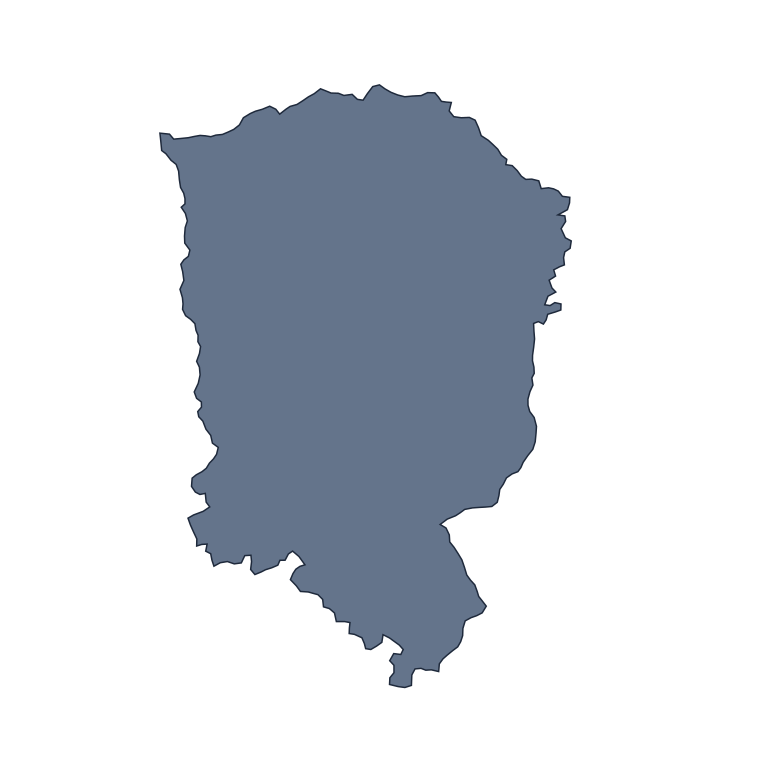 the district of Iguatama, Minas Gerais, Brazil, rotated 169°
{"feature_id": "56859067B53115482871784", "entity_name": "Iguatama", "entity_type": "district", "adm_level": 2, "iso_a3": "BRA", "parent_name": "Brazil", "parent_adm1": "Minas Gerais", "projection": "orthographic", "projection_center": [-45.749, -20.135], "detail": "fine", "context": "isolated", "style": "filled", "palette": "slate", "viewbox_px": 768, "rotation_deg": 169, "n_neighbors": 0, "source": "geoboundaries", "source_scale": "gbopen_adm2", "svg_char_len": 3878}
<svg xmlns="http://www.w3.org/2000/svg" viewBox="0 0 768 768"><g transform="rotate(169 384 384)"><path d="M599.3,275.5L597.3,267.6L598.8,260.7L593.5,261.3L588.2,260.6L590.9,253.9L586.5,250.5L586.5,243.9L585.7,237.6L578.8,239.8L571.6,239.6L565.3,236.0L558.2,235.6L553.4,242.1L547.3,241.3L547.9,234.9L550.3,227.4L547.1,221.6L540.5,222.9L535.7,224.3L529.4,225.0L522.8,226.4L519.8,230.8L514.7,229.9L510.3,235.4L505.6,237.4L500.4,230.9L496.1,221.6L501.4,221.0L505.9,219.0L509.5,215.3L513.2,209.8L508.6,202.7L505.6,196.3L498.0,194.3L493.5,192.0L489.0,189.8L485.3,184.2L485.9,176.8L480.5,174.0L476.3,168.7L476.1,159.9L467.9,158.3L462.9,156.3L464.5,151.2L465.8,145.7L460.8,143.9L454.1,139.1L452.8,133.0L452.5,127.7L447.6,125.9L441.4,128.1L435.4,130.8L432.8,138.1L427.2,133.8L423.0,129.3L418.8,124.8L415.8,119.7L419.1,115.3L425.9,117.5L431.2,111.3L427.9,106.0L429.3,98.7L434.3,94.5L435.9,88.0L427.9,84.3L421.4,82.1L414.6,82.9L412.2,93.1L407.9,98.4L401.9,97.8L397.6,95.1L392.1,94.4L385.2,91.3L383.1,98.7L378.6,102.9L373.9,105.7L367.2,109.3L361.8,111.9L357.9,116.4L354.8,122.0L353.2,129.0L349.5,136.0L343.2,138.0L337.2,138.9L331.3,140.6L326.0,146.4L328.7,151.8L331.6,157.4L332.1,162.5L333.2,169.5L336.5,174.9L339.2,180.7L340.0,188.6L341.1,196.5L343.6,203.3L346.4,210.3L349.6,216.4L348.7,223.4L350.6,230.8L355.7,235.4L347.7,239.3L338.9,241.0L333.7,243.1L328.7,245.5L320.7,245.5L313.4,244.6L307.5,243.8L301.5,243.2L295.4,246.3L292.5,252.5L290.5,258.4L286.0,262.9L281.7,268.5L275.4,271.3L269.3,272.4L265.6,275.8L262.4,280.5L256.6,286.2L250.4,291.5L246.6,298.4L244.2,306.5L242.4,313.3L243.0,322.5L246.2,329.2L246.7,335.6L245.6,341.7L242.2,348.6L238.0,354.5L237.7,361.8L234.5,365.8L233.6,372.0L233.8,378.5L232.7,383.8L230.1,391.4L227.6,399.5L226.7,407.4L225.6,414.9L220.6,415.8L216.1,412.4L212.6,416.0L210.0,421.2L202.1,422.0L196.3,422.9L195.0,428.8L200.8,431.3L206.0,429.3L211.1,431.1L206.3,438.9L197.8,441.5L200.8,446.2L202.1,454.4L195.0,457.2L195.6,463.7L189.2,465.6L184.2,466.5L183.6,473.8L181.3,479.2L175.4,481.7L172.9,488.7L178.1,492.9L180.5,502.7L174.7,508.9L174.4,514.5L181.0,516.8L170.7,520.1L167.3,526.4L166.0,531.8L173.1,534.2L176.1,540.1L180.3,543.2L185.0,545.2L192.4,545.8L193.3,553.9L199.8,556.9L205.8,557.8L209.5,561.7L212.5,568.0L216.5,573.9L222.6,576.1L220.6,581.1L225.1,586.1L227.5,592.7L231.4,598.3L235.1,603.3L241.2,609.2L242.3,617.4L244.2,625.6L249.4,629.4L257.3,630.6L264.5,633.1L267.9,639.6L264.2,647.5L269.2,648.9L273.7,650.5L275.8,655.3L278.5,660.1L285.6,661.7L292.5,660.0L300.9,661.2L308.8,662.0L315.4,665.1L321.5,669.0L326.7,673.5L331.4,678.5L338.3,678.1L344.9,672.2L350.4,666.6L355.8,668.5L360.0,674.4L368.3,674.9L373.3,678.1L380.4,679.7L385.6,683.1L390.0,685.9L397.1,682.3L403.4,680.3L409.8,677.5L416.1,675.0L423.2,674.4L427.9,672.4L434.9,668.8L437.8,674.4L443.2,678.5L451.1,676.9L458.2,676.3L463.7,675.0L471.2,672.2L476.5,665.9L482.9,662.6L488.8,661.1L495.0,659.8L501.5,660.4L506.8,659.8L512.0,661.7L517.1,663.1L522.8,663.2L529.2,663.1L536.8,663.8L543.7,664.5L546.9,670.2L556.1,673.0L556.8,664.7L557.7,655.6L554.1,651.6L550.3,644.1L546.1,639.2L545.0,632.2L545.9,623.5L546.2,615.7L544.2,609.5L544.0,603.9L545.0,598.8L549.3,596.2L546.4,589.3L545.9,581.6L549.3,575.5L551.6,567.3L552.7,560.3L549.0,552.5L551.7,546.6L556.7,544.1L560.6,540.3L560.2,532.7L560.7,523.8L566.2,515.9L565.4,507.2L566.0,501.0L567.5,495.7L565.7,488.9L561.5,484.4L558.1,479.3L558.3,472.5L557.2,467.3L558.6,461.0L556.9,455.8L559.3,449.2L563.6,442.0L562.0,435.7L562.8,428.0L566.2,420.1L571.8,412.4L570.7,405.7L566.7,401.2L567.6,396.1L572.1,392.5L572.1,387.2L568.9,382.1L567.4,373.6L563.9,366.6L563.7,358.7L558.8,353.4L561.8,346.9L565.7,343.0L570.5,339.6L574.5,335.2L579.5,332.6L585.6,330.7L590.3,328.2L592.5,320.2L589.8,313.9L585.8,310.7L580.3,310.7L581.1,302.0L578.5,296.6L585.8,293.5L595.9,291.8L602.0,289.7L600.9,282.5L599.3,275.5Z" fill="#64748b" stroke="#1e293b" stroke-width="1.5"/></g></svg>